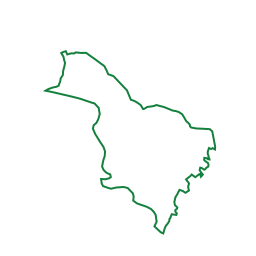 Afikpo North, Ebonyi, Nigeria (Natural Earth projection), rotated 136°
{"feature_id": "59680162B68024378624756", "entity_name": "Afikpo North", "entity_type": "district", "adm_level": 2, "iso_a3": "NGA", "parent_name": "Nigeria", "parent_adm1": "Ebonyi", "projection": "natural_earth1", "projection_center": [7.923, 5.873], "detail": "fine", "context": "isolated", "style": "outline", "palette": "green", "viewbox_px": 256, "rotation_deg": 136, "n_neighbors": 0, "source": "geoboundaries", "source_scale": "gbopen_adm2", "svg_char_len": 2427}
<svg xmlns="http://www.w3.org/2000/svg" viewBox="0 0 256 256"><g transform="rotate(136 128 128)"><path d="M161.4,212.1L157.3,206.2L154.5,201.8L148.5,192.6L144.1,185.6L142.2,182.5L136.1,170.7L135.0,169.0L135.1,165.2L135.1,164.9L135.1,164.0L135.1,162.9L137.0,160.1L138.6,157.7L143.4,154.9L147.3,153.6L150.8,153.8L153.7,151.9L155.8,146.3L156.6,142.5L157.7,137.6L158.8,131.4L160.4,127.9L160.9,127.0L164.2,124.0L167.7,122.2L170.0,120.7L173.5,118.2L174.7,114.7L174.7,111.8L174.3,109.9L173.0,107.0L174.5,104.6L176.5,104.9L179.7,106.7L182.8,110.0L183.6,108.9L185.5,106.3L186.3,103.5L184.0,98.9L182.4,96.1L181.7,95.7L177.7,93.3L175.7,91.6L172.2,88.7L171.0,86.8L169.9,85.0L169.9,82.2L169.9,77.6L171.5,74.8L174.7,72.1L173.9,67.5L171.6,62.9L171.1,62.0L169.2,58.2L167.7,53.6L167.7,49.9L168.5,46.2L172.5,40.7L177.3,38.9L176.9,30.4L176.4,28.9L175.9,27.7L170.9,30.5L168.5,31.4L166.1,31.6L163.0,32.4L161.2,33.8L160.3,33.8L156.5,35.6L153.6,31.9L152.3,32.6L151.9,35.2L150.9,36.1L148.7,35.9L147.7,36.6L147.8,40.0L146.0,42.7L144.9,43.3L142.1,45.2L138.3,46.2L135.9,47.1L133.9,47.7L132.4,44.7L131.7,41.5L127.6,40.7L126.6,42.4L125.4,44.1L122.6,45.7L121.9,50.7L116.4,50.1L114.5,50.3L113.8,45.9L109.0,45.3L108.1,44.9L109.4,42.3L106.5,42.5L106.3,45.3L105.8,47.9L103.6,49.3L102.8,48.2L102.6,46.9L102.2,45.2L101.2,44.7L99.3,45.0L97.0,44.5L95.5,45.8L94.8,47.3L95.5,50.9L95.3,52.3L93.8,53.5L92.7,52.0L92.2,51.2L92.2,50.0L91.2,48.8L90.8,49.5L90.3,51.2L89.4,52.1L88.7,53.8L87.6,55.1L86.8,55.7L85.1,56.6L83.6,57.3L83.2,55.9L82.5,55.0L81.2,54.8L80.8,53.9L80.6,52.5L80.4,52.1L78.2,54.1L69.7,67.1L70.0,70.4L76.4,77.3L79.1,80.1L82.3,84.6L82.2,86.1L81.2,87.6L81.1,89.9L81.4,92.0L81.1,93.5L80.3,96.5L79.5,100.2L80.4,104.3L82.0,107.2L83.7,109.4L87.4,117.8L91.7,124.9L92.7,125.2L94.8,126.3L97.6,128.3L98.7,129.2L99.3,129.6L99.7,129.8L102.2,130.3L102.7,130.4L103.5,130.9L104.0,131.2L102.9,135.8L103.9,140.6L104.6,143.0L106.3,146.4L102.6,155.8L102.4,175.4L104.9,180.5L103.5,184.0L102.0,188.9L103.9,200.1L105.0,205.8L105.9,211.1L107.6,212.8L109.1,214.0L111.6,216.9L113.0,218.6L113.9,218.9L114.9,219.0L115.9,220.0L116.8,221.0L118.9,222.2L120.6,223.1L119.4,226.5L121.5,227.5L122.8,228.0L124.0,228.3L124.2,227.2L124.8,224.3L127.1,220.6L127.9,218.7L130.7,216.7L131.8,216.0L132.7,215.5L135.0,214.1L138.2,211.3L142.1,210.4L144.5,208.5L146.8,207.6L148.4,206.6L150.9,207.4L154.0,209.4L154.9,209.8L157.9,211.2L161.4,212.1Z" fill="none" stroke="#15803d" stroke-width="2"/></g></svg>